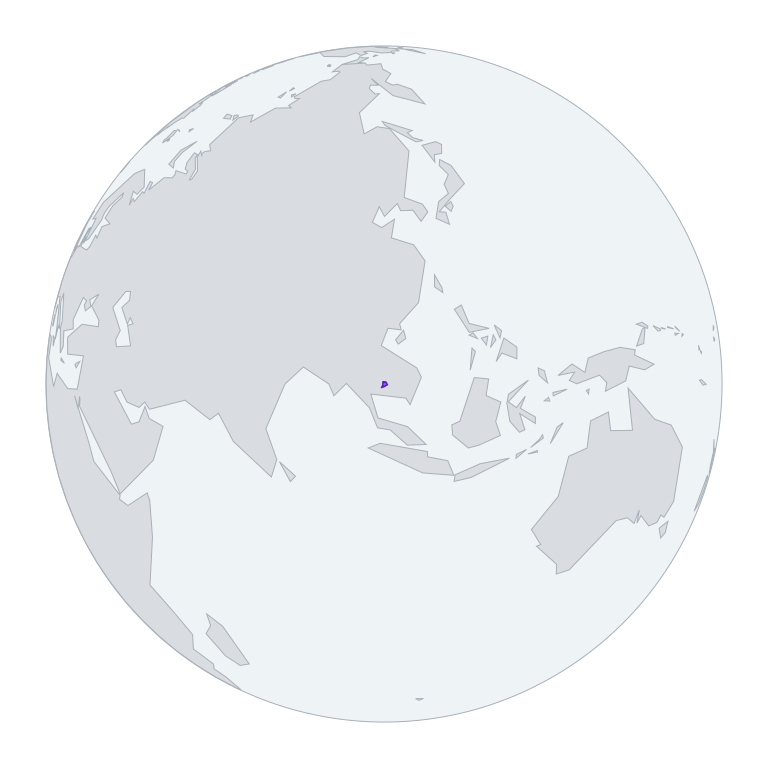 the Earth from above Bântéay Méanchey, rotated 331°
{"feature_id": "KHM-1777", "entity_name": "Bântéay Méanchey", "entity_type": "Province", "adm_level": 1, "iso_a3": "KHM", "parent_name": "Cambodia", "parent_adm1": "", "projection": "orthographic", "projection_center": [102.955, 13.824], "detail": "fine", "context": "on_globe", "style": "filled", "palette": "violet", "viewbox_px": 768, "rotation_deg": 331, "n_neighbors": 0, "source": "natural_earth", "source_scale": "10m", "svg_char_len": 10595}
<svg xmlns="http://www.w3.org/2000/svg" viewBox="0 0 768 768"><g transform="rotate(331 384 384)"><circle cx="384" cy="384" r="338" fill="#eef3f6" stroke="#a8b0b8"/><path d="M700.5,492.2L699.9,494.5L699.7,494.8L700.5,492.2ZM537.0,82.7L538.6,83.9L551.1,91.3L539.7,85.3L570.9,105.2L580.5,115.3L562.8,100.0L555.8,95.7L559.0,100.0L552.5,96.7L550.3,97.2L542.2,93.2L532.5,85.8L527.1,83.4L529.7,86.7L523.2,85.6L520.2,80.9L508.6,78.9L490.2,68.4L488.8,63.1L471.8,57.8L468.5,56.8L491.9,63.8L514.8,72.4L537.0,82.7ZM561.5,98.1L559.0,95.8L563.7,99.3L561.5,98.1ZM551.4,98.0L554.2,99.9L551.9,99.5L551.4,98.0ZM537.4,93.3L532.8,92.5L535.8,91.9L537.4,93.3ZM529.0,91.3L518.0,90.6L523.3,94.3L502.2,84.2L518.5,87.6L521.4,85.9L523.8,88.8L529.0,91.3ZM455.6,53.8L443.9,51.5L441.0,50.9L455.6,53.8ZM492.3,79.3L488.2,78.4L490.7,78.0L492.3,79.3ZM463.6,55.6L463.2,55.6L453.3,53.6L451.8,53.5L443.8,51.4L463.6,55.6ZM410.6,47.1L409.6,47.1L410.6,47.1ZM437.4,50.4L433.3,49.8L440.2,51.1L433.0,50.2L428.9,49.2L427.7,49.2L425.5,49.0L424.6,48.6L437.4,50.4ZM408.0,46.9L409.3,47.2L402.7,46.6L408.0,46.9ZM418.1,47.8L418.4,47.9L412.4,47.4L413.4,47.4L416.9,47.7L418.1,47.8ZM429.7,50.1L441.7,51.7L442.1,51.9L429.7,50.1ZM405.7,47.0L407.6,47.2L404.8,46.9L405.7,47.0ZM422.1,48.9L426.3,49.3L426.7,49.6L422.1,48.9ZM408.0,47.5L405.5,47.2L408.6,47.3L408.0,47.5ZM414.3,48.2L413.9,48.4L411.2,47.5L416.1,48.3L414.3,48.2ZM421.8,49.1L423.4,49.4L420.0,48.9L421.8,49.1ZM397.6,47.8L393.5,46.8L400.4,46.8L403.4,47.7L397.6,47.8ZM115.8,178.4L115.9,181.1L113.9,184.9L103.4,198.5L93.8,226.1L103.3,216.2L105.1,234.7L113.2,239.8L134.8,213.7L121.8,204.5L130.0,189.7L148.9,185.4L161.9,195.4L165.6,190.0L166.2,173.9L178.2,167.2L167.4,167.8L165.1,174.1L158.3,175.2L160.1,169.6L164.2,167.1L162.9,162.6L143.3,177.1L138.9,185.1L129.8,182.3L121.5,195.8L115.8,200.0L127.7,178.9L133.4,172.5L148.1,149.2L141.3,155.3L127.0,178.3L127.4,175.3L118.1,185.5L125.6,175.5L143.0,150.5L140.8,149.8L132.7,158.1L152.4,137.9L156.4,134.2L161.4,129.8L169.8,122.7L167.9,124.3L173.1,120.1L171.8,121.7L183.2,114.7L183.8,116.1L201.0,105.1L203.7,104.8L192.8,111.0L185.5,116.8L188.8,122.6L193.1,121.2L204.1,114.1L203.6,117.2L213.7,109.6L221.9,111.0L220.5,103.5L233.3,96.6L245.1,93.7L249.1,90.5L229.8,95.4L222.4,98.9L216.3,103.7L195.8,113.9L191.9,114.0L212.5,99.5L209.3,98.6L226.7,89.1L268.1,79.0L278.8,80.2L269.7,95.5L259.9,98.3L258.2,93.9L248.0,104.0L254.5,100.2L254.1,103.4L266.2,98.8L266.5,100.9L277.6,93.5L279.3,95.7L272.3,100.3L291.7,97.0L298.7,101.0L302.9,99.4L305.5,96.5L312.7,104.4L315.5,102.9L314.3,99.7L319.0,94.9L330.3,89.9L332.2,92.9L328.3,95.0L323.2,104.8L312.7,111.1L314.6,111.9L324.1,107.3L330.5,95.2L336.7,91.5L335.1,96.8L336.2,94.5L339.9,93.7L345.3,95.9L347.7,90.1L385.8,80.6L400.0,85.2L394.3,90.2L422.9,90.1L436.8,97.5L435.6,94.2L448.4,93.3L444.3,90.9L444.7,89.3L475.9,88.8L484.6,91.8L496.7,89.9L496.1,88.5L490.3,86.0L502.2,84.2L523.3,94.3L523.6,96.8L536.6,102.4L535.5,107.9L540.5,115.8L531.8,120.1L536.5,126.8L541.1,128.4L551.0,139.5L555.6,158.9L531.8,136.2L520.9,110.6L523.6,119.8L517.0,116.0L514.3,118.6L516.8,126.0L520.7,127.8L494.0,134.8L487.9,155.6L502.8,155.7L512.6,163.3L518.8,192.3L492.1,230.6L504.8,245.4L505.8,254.7L495.3,259.7L493.5,246.0L482.6,240.5L483.1,232.6L465.7,237.7L465.8,226.7L452.2,237.0L457.8,246.1L473.1,244.9L461.3,259.8L477.4,276.6L479.6,296.2L453.7,329.5L426.9,338.8L425.3,345.0L414.5,337.2L400.2,349.0L420.5,385.9L420.0,396.2L396.8,414.7L396.3,407.0L367.6,386.4L362.3,410.8L384.0,432.8L391.5,457.3L374.8,448.8L367.2,427.2L357.1,419.2L359.8,397.8L351.4,365.3L334.5,370.0L335.8,357.3L321.7,330.0L297.4,336.0L259.0,365.8L253.6,398.1L240.4,410.8L224.4,361.2L225.1,329.4L214.4,330.7L202.1,301.7L166.7,292.4L166.0,283.8L158.4,285.8L150.4,275.1L151.1,261.4L144.3,260.2L143.6,296.7L151.4,298.3L164.1,287.8L161.9,300.3L170.2,313.9L145.4,338.7L100.0,352.2L102.9,327.6L106.9,256.0L110.9,249.5L111.2,248.7L111.8,247.2L104.5,257.3L107.7,244.0L97.6,291.4L92.7,311.0L99.2,353.5L96.8,356.5L101.1,366.2L124.1,364.4L122.6,372.4L107.2,405.8L81.9,446.3L89.6,481.9L95.1,510.4L88.8,523.3L99.1,546.3L97.3,550.9L103.6,563.3L107.6,574.0L110.7,582.1L108.0,579.0L95.0,559.1L83.4,538.3L73.2,516.7L64.7,494.5L57.7,471.7L52.3,448.5L48.6,425.0L46.5,401.3L46.1,377.5L47.4,353.7L50.4,330.0L55.0,306.7L61.3,283.7L69.2,261.2L78.6,239.3L89.6,218.2L102.0,197.8L115.8,178.4ZM168.0,221.7L180.8,227.8L188.2,208.5L193.7,209.6L194.2,203.0L188.6,207.1L191.8,190.0L202.0,187.5L207.2,180.2L203.1,177.9L183.9,185.5L179.2,209.4L170.7,215.2L168.0,221.7ZM202.9,98.7L203.1,98.6L198.3,101.7L192.4,105.7L202.9,98.7ZM180.4,114.3L181.8,113.3L186.4,109.9L192.9,105.6L213.6,92.5L214.9,92.3L210.6,94.4L209.4,95.6L202.3,99.5L183.4,113.3L176.9,117.9L178.5,115.8L180.4,114.3ZM269.5,66.1L264.2,68.3L256.9,71.1L255.9,71.3L269.5,66.1ZM357.0,47.2L371.9,46.3L376.5,46.2L370.8,46.4L379.4,46.3L371.8,46.9L374.9,47.1L370.5,48.3L357.7,49.5L362.1,49.6L359.0,51.2L348.4,52.8L351.5,51.2L337.7,54.5L335.7,53.2L334.2,53.7L328.5,53.7L319.1,54.8L319.7,54.2L315.7,55.0L311.9,55.4L306.7,56.4L306.0,55.9L299.6,57.3L302.9,56.3L292.0,59.2L299.8,56.9L295.6,57.9L290.3,59.5L292.3,58.8L324.3,51.4L357.0,47.2ZM396.0,48.1L381.1,48.7L372.6,48.6L383.8,46.6L382.1,46.4L389.0,46.1L401.0,46.5L398.0,46.4L397.8,46.6L394.1,46.3L396.9,46.6L392.7,46.7L393.8,47.1L388.7,47.1L396.0,48.1ZM118.2,181.0L117.9,182.7L118.8,183.8L113.0,190.7L118.2,181.0ZM129.7,163.8L130.3,163.9L122.5,173.1L122.8,171.8L129.7,163.8ZM137.4,156.5L131.0,163.2L134.6,158.8L137.4,156.5ZM194.1,111.0L195.6,111.2L193.1,113.0L189.2,115.2L194.1,111.0ZM307.1,65.9L310.2,64.0L312.3,63.9L323.4,60.6L325.8,61.8L320.0,64.3L307.1,65.9ZM128.8,216.8L122.6,220.6L123.1,217.1L125.1,216.5L128.8,216.8ZM114.4,204.7L114.5,210.9L112.8,206.6L114.4,204.7ZM311.6,66.6L315.9,65.0L314.4,66.7L311.6,66.6ZM328.1,62.6L327.5,64.3L327.3,61.6L328.1,62.6ZM259.0,674.5L266.0,678.2L261.3,677.7L259.0,674.5ZM125.4,517.6L130.4,563.5L121.7,560.4L113.6,545.0L107.3,516.1L115.3,511.2L117.4,499.1L125.4,517.6ZM475.9,515.0L485.9,516.5L485.4,518.0L475.9,515.0ZM465.6,509.7L477.0,510.3L463.5,513.0L465.6,509.7ZM481.5,510.6L493.1,507.8L498.1,505.3L497.2,508.5L481.5,510.6ZM457.8,509.7L415.1,508.0L398.1,503.2L402.2,497.9L429.6,500.4L457.8,509.7ZM400.8,497.7L374.8,480.6L339.2,432.3L351.9,434.0L389.2,464.1L386.8,468.8L402.6,482.0L400.8,497.7ZM463.5,471.0L460.9,485.4L437.4,483.5L426.7,480.8L419.3,461.9L423.5,452.6L432.3,453.3L466.1,422.1L478.0,430.3L467.7,443.6L477.4,456.4L463.5,471.0ZM254.9,401.3L261.9,421.7L254.8,424.0L254.9,401.3ZM479.7,399.9L466.1,413.7L478.4,395.2L479.7,399.9ZM486.8,382.4L487.7,389.5L482.1,382.5L486.8,382.4ZM425.1,354.8L415.8,356.0L415.5,351.0L427.2,346.5L425.1,354.8ZM481.1,313.0L481.4,327.6L479.8,332.5L475.3,323.6L481.1,313.0ZM338.1,81.1L320.0,83.7L308.5,87.8L304.5,93.0L302.3,87.4L320.0,81.0L338.1,81.1ZM379.7,80.0L383.1,76.4L386.8,78.0L386.5,79.0L379.7,80.0ZM378.0,77.8L372.4,73.8L377.7,71.9L381.1,75.4L378.0,77.8ZM341.3,68.3L335.8,68.8L337.1,67.3L341.3,68.3ZM622.5,620.8L622.7,621.9L613.2,631.1L601.5,641.0L593.6,645.6L622.5,620.8ZM551.3,652.8L554.7,643.6L565.7,641.7L558.0,650.3L551.3,652.8ZM630.3,613.2L639.0,603.3L645.9,592.3L640.5,601.9L642.9,600.6L624.4,620.6L630.3,613.2ZM520.9,616.0L455.9,636.3L442.5,633.7L447.6,625.5L438.7,599.8L443.2,600.4L442.4,582.7L481.8,566.9L510.6,536.8L530.5,538.5L546.8,516.4L566.7,517.3L559.6,534.7L578.9,545.0L595.5,505.9L603.7,546.1L615.3,559.2L614.4,583.8L580.4,627.1L564.2,636.3L562.7,632.8L555.6,637.4L546.7,636.4L545.0,623.7L537.8,628.2L546.2,617.9L535.1,627.2L532.0,619.0L520.9,616.0ZM661.7,533.5L663.7,534.1L665.7,540.4L662.6,539.8L661.7,533.5ZM695.1,502.3L695.0,505.3L693.3,506.9L695.1,502.3ZM699.7,494.8L697.7,497.1L700.5,492.2L699.7,494.8ZM676.8,507.6L677.4,509.9L676.4,511.0L676.8,507.6ZM676.0,506.9L677.8,502.6L677.1,506.7L676.0,506.9ZM667.7,486.7L669.3,484.4L669.8,486.0L667.7,486.7ZM500.5,516.8L514.6,505.6L522.0,504.7L500.5,516.8ZM666.0,482.5L662.4,482.7L662.9,480.4L666.0,482.5ZM666.6,477.3L666.4,474.3L668.2,481.2L666.6,477.3ZM659.9,471.3L664.1,476.2L659.3,472.0L659.9,471.3ZM657.1,472.4L653.9,470.3L654.1,469.3L657.1,472.4ZM617.2,480.1L629.8,497.6L619.0,498.0L607.2,487.2L596.9,498.5L574.1,497.7L579.6,490.8L576.8,480.7L552.7,477.3L547.8,470.7L556.6,466.0L540.4,460.9L558.2,457.6L565.3,471.3L575.2,460.3L592.0,462.4L608.0,466.3L620.3,475.8L617.2,480.1ZM557.8,487.8L560.9,487.8L558.1,491.9L557.8,487.8ZM647.6,463.4L652.3,469.6L651.7,471.3L649.3,470.5L647.6,463.4ZM623.3,473.3L636.7,461.1L639.8,461.1L630.8,474.5L623.3,473.3ZM633.7,454.0L639.7,455.1L642.8,461.3L641.5,463.1L633.7,454.0ZM521.5,475.5L520.7,479.3L516.0,476.4L521.5,475.5ZM527.6,473.3L541.7,477.3L526.3,476.5L527.6,473.3ZM484.1,459.8L488.3,468.8L501.7,463.2L491.5,471.4L500.4,486.3L497.2,491.9L488.4,475.7L485.0,492.3L479.1,491.9L476.0,477.6L482.1,460.4L488.0,453.3L512.1,450.6L484.1,459.8ZM527.6,462.2L523.8,451.7L526.6,444.7L530.7,450.2L527.6,462.2ZM512.4,426.4L502.1,414.1L493.0,418.7L511.2,401.9L518.1,416.3L512.4,426.4ZM503.3,399.6L494.8,403.7L503.4,394.0L503.3,399.6ZM492.5,399.6L491.3,391.1L498.1,392.4L492.5,399.6ZM507.8,400.0L509.0,385.7L512.7,394.2L507.8,400.0ZM487.8,372.3L502.9,386.3L483.6,380.1L481.8,352.8L489.9,352.3L487.8,372.3ZM526.4,265.5L523.8,258.2L530.9,256.7L530.7,262.1L526.4,265.5ZM551.5,247.7L531.9,254.0L515.8,260.2L521.4,263.7L518.7,276.1L509.8,264.3L520.3,250.9L532.7,248.6L533.4,238.5L541.8,232.0L538.2,219.7L541.5,214.6L548.6,225.4L551.5,247.7ZM536.1,214.5L533.0,193.7L546.7,197.1L550.5,202.4L546.2,210.3L539.2,207.9L536.1,214.5ZM536.2,189.9L529.4,187.8L510.3,158.5L509.8,153.5L531.5,176.0L526.3,175.4L528.5,182.4L536.2,189.9ZM490.1,80.0L488.4,78.5L492.1,80.0L490.1,80.0ZM442.1,88.1L443.3,86.2L447.6,87.5L442.1,88.1ZM448.9,82.2L443.2,81.9L448.4,80.9L448.9,82.2ZM430.5,81.8L440.5,81.2L432.1,83.7L430.5,81.8Z" fill="#d9dde1" stroke="#a8b0b8" stroke-width="1"/><path d="M381.1,385.5L381.5,385.5L381.8,385.3L382.0,385.3L381.8,385.2L381.6,385.0L381.6,384.9L381.8,384.8L382.4,384.5L382.5,384.4L382.6,384.2L382.7,383.9L382.8,383.8L382.9,383.5L383.0,383.3L383.1,383.2L383.4,382.9L383.5,382.8L383.5,382.7L383.6,382.4L383.8,382.2L383.8,381.9L384.0,381.7L384.3,381.6L384.7,381.8L384.8,381.8L384.9,382.0L385.0,382.2L385.3,382.2L385.4,382.3L385.3,382.6L385.5,382.6L385.8,383.0L385.9,382.8L386.0,382.7L386.2,382.9L386.2,383.0L386.3,383.0L386.6,383.3L386.7,383.6L386.7,383.8L386.7,384.1L386.6,384.3L386.7,384.6L386.7,384.9L386.6,385.0L386.6,386.3L385.7,386.4L385.4,386.3L385.3,386.2L385.2,386.2L384.9,386.2L384.1,386.4L383.7,386.4L383.2,386.3L383.0,386.2L382.9,386.1L382.8,386.3L382.6,386.4L382.4,386.4L382.2,386.1L380.6,386.0L380.4,386.0L380.4,385.9L380.3,385.7L380.7,385.5L381.1,385.5Z" fill="#8b5cf6" stroke="#5b21b6" stroke-width="1.5"/></g></svg>